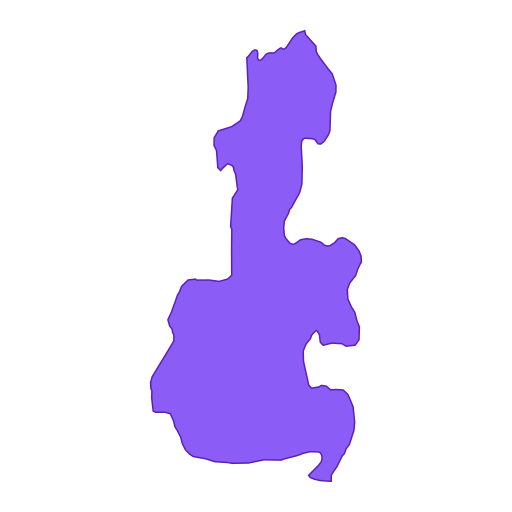 outline of San Raimundo, Guatemala
{"feature_id": "79465075B35150348928705", "entity_name": "San Raimundo", "entity_type": "district", "adm_level": 2, "iso_a3": "GTM", "parent_name": "Guatemala", "parent_adm1": "", "projection": "equal_earth", "projection_center": [-90.553, 14.796], "detail": "fine", "context": "isolated", "style": "filled", "palette": "violet", "viewbox_px": 512, "rotation_deg": 0, "n_neighbors": 0, "source": "geoboundaries", "source_scale": "gbopen_adm2", "svg_char_len": 2824}
<svg xmlns="http://www.w3.org/2000/svg" viewBox="0 0 512 512"><path d="M359.3,265.9L360.4,263.6L361.4,262.4L361.1,256.2L359.0,250.9L354.5,244.8L345.5,238.6L342.4,237.7L338.2,238.6L334.5,242.8L329.4,245.9L326.8,245.9L324.2,245.1L321.3,242.4L312.2,239.3L306.4,238.7L300.5,239.8L295.7,243.2L293.3,244.4L290.2,243.5L285.8,238.4L284.3,235.2L283.7,227.6L284.4,221.0L288.1,214.1L289.2,211.3L289.3,209.8L291.4,207.6L299.7,192.5L301.9,184.0L302.3,166.8L301.2,146.0L301.8,140.7L304.4,138.2L312.3,138.7L314.8,139.5L318.1,143.9L320.9,144.0L324.1,141.4L328.2,135.2L329.9,130.9L330.6,111.0L332.7,102.6L335.9,92.1L336.0,85.2L332.3,74.0L328.5,69.3L320.7,59.0L317.4,54.0L316.3,51.6L315.9,46.1L305.6,34.7L304.7,30.7L302.5,31.5L301.2,31.9L300.0,32.3L298.8,32.7L296.8,33.7L295.9,34.5L294.9,35.5L293.4,37.1L292.7,37.9L291.9,39.0L291.1,40.2L286.8,46.7L285.0,48.6L283.7,49.2L282.7,48.9L281.5,48.0L280.4,48.1L279.1,48.9L277.9,49.9L276.4,51.1L275.2,52.2L273.5,53.1L272.1,53.0L270.6,52.9L269.3,53.0L268.3,53.2L267.1,53.6L265.9,54.5L263.2,57.7L261.0,60.0L259.8,60.2L258.6,60.0L257.9,59.2L257.6,57.8L257.7,55.3L257.8,53.4L257.1,50.7L256.0,50.0L254.5,50.0L252.5,51.1L251.7,52.1L248.9,55.6L248.1,56.5L246.8,57.7L248.2,87.7L247.7,98.8L245.7,104.8L242.4,116.6L240.3,120.8L231.6,126.7L218.3,130.8L214.2,137.7L214.0,145.3L216.5,150.5L217.8,167.7L220.8,170.6L221.8,169.1L227.6,163.6L232.1,165.5L233.5,167.5L233.8,169.8L235.6,174.3L237.7,189.9L232.4,198.1L230.6,226.5L231.8,229.3L231.6,248.4L231.7,275.3L227.6,279.1L224.3,280.0L219.2,281.4L208.8,280.0L203.0,280.1L196.7,280.1L195.4,279.1L188.1,280.0L181.7,286.2L179.2,292.3L177.6,294.8L176.8,297.1L171.6,311.7L167.9,319.8L169.7,326.1L172.2,329.3L172.6,332.6L173.8,334.7L173.9,340.9L167.1,352.2L152.2,376.7L150.6,382.5L150.9,388.7L151.9,390.6L151.7,398.2L153.2,411.1L155.7,412.3L164.7,412.2L170.3,413.7L173.4,420.4L175.0,426.9L177.3,430.5L180.7,437.2L182.4,443.8L185.4,449.7L189.3,453.9L193.4,456.6L205.4,458.7L214.8,461.7L227.4,462.5L232.1,463.3L248.5,463.0L263.9,459.8L281.8,460.1L282.7,459.3L296.0,455.9L301.2,454.2L302.3,453.5L310.1,451.7L318.0,451.9L320.5,452.8L321.9,455.8L322.0,458.9L321.2,461.9L318.1,465.8L308.6,475.3L310.1,477.4L314.1,479.1L320.3,480.6L331.3,481.3L331.2,475.9L331.9,474.0L336.8,466.8L342.3,455.8L344.4,453.7L346.1,448.8L349.4,444.5L353.9,430.5L354.7,422.4L353.1,406.7L348.9,396.8L347.7,394.3L343.2,390.0L336.4,389.5L330.6,389.9L326.4,386.2L321.7,385.4L318.9,386.9L311.6,388.2L308.7,385.0L303.5,361.3L303.2,351.0L306.2,343.8L310.5,338.7L311.4,335.6L313.6,332.8L316.2,330.6L317.5,331.5L319.4,334.8L320.3,342.2L323.1,345.3L331.9,343.1L341.9,343.7L346.1,346.2L355.1,345.2L359.0,339.9L359.4,326.8L357.0,321.0L354.8,312.4L351.3,306.7L347.9,299.1L347.3,289.5L349.8,282.9L354.3,277.2L355.5,275.8L357.9,268.8L358.7,267.1L359.3,265.9Z" fill="#8b5cf6" stroke="#5b21b6" stroke-width="1.5"/></svg>